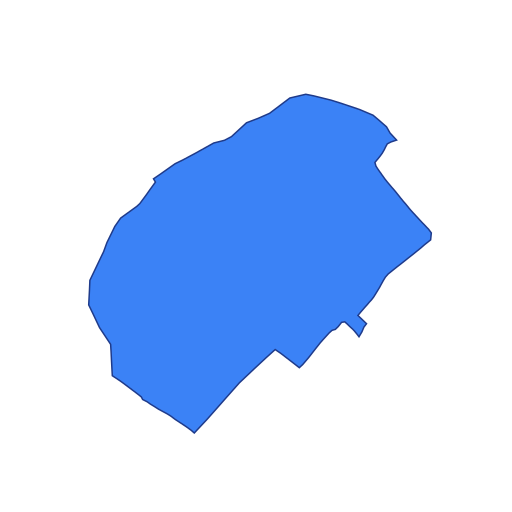 Khsos, Al Qalyubiyah, Egypt, rotated 36°
{"feature_id": "37247803B74269871636707", "entity_name": "Khsos", "entity_type": "district", "adm_level": 2, "iso_a3": "EGY", "parent_name": "Egypt", "parent_adm1": "Al Qalyubiyah", "projection": "orthographic", "projection_center": [31.321, 30.157], "detail": "fine", "context": "isolated", "style": "filled", "palette": "blue", "viewbox_px": 512, "rotation_deg": 36, "n_neighbors": 0, "source": "geoboundaries", "source_scale": "gbopen_adm2", "svg_char_len": 2383}
<svg xmlns="http://www.w3.org/2000/svg" viewBox="0 0 512 512"><g transform="rotate(36 256 256)"><path d="M201.2,95.9L190.5,108.3L183.1,132.6L176.8,143.4L170.0,153.8L166.0,173.8L162.5,180.9L155.4,189.4L146.7,208.2L140.4,221.2L136.3,228.9L130.5,246.0L129.0,250.2L127.7,253.8L131.2,255.3L131.2,264.7L131.3,270.7L131.2,281.9L130.4,285.9L128.8,290.8L124.2,304.9L124.4,315.1L125.1,319.0L127.5,332.7L130.2,342.2L131.2,347.8L133.8,361.8L135.9,373.3L141.6,381.9L149.4,393.9L158.9,399.0L167.3,403.6L171.5,405.9L184.4,410.7L190.3,412.9L195.0,418.6L201.1,426.2L210.1,437.3L212.6,437.2L219.6,436.9L222.9,436.9L230.2,437.0L235.2,437.1L240.8,437.2L246.0,437.4L248.6,438.7L248.8,438.7L253.8,437.9L257.5,437.9L262.2,437.5L267.4,437.2L274.0,436.3L276.9,435.9L280.9,435.6L286.7,435.7L299.7,435.1L305.9,435.1L310.1,435.5L312.4,417.1L313.8,402.7L315.3,386.7L317.1,368.3L320.7,349.1L323.9,332.7L326.5,320.4L333.0,320.2L347.8,320.6L356.7,320.9L357.6,316.2L358.3,307.2L358.7,295.4L359.0,288.4L359.3,285.1L359.7,281.5L360.4,275.2L361.2,271.5L362.3,270.0L363.3,268.8L364.0,264.8L364.2,260.1L364.2,259.4L366.5,257.1L369.7,257.4L373.1,257.9L376.5,258.3L376.9,258.3L379.6,258.8L383.4,259.8L383.8,259.9L386.8,260.8L386.3,255.3L385.1,250.1L385.2,245.8L373.4,244.2L373.7,239.4L374.2,233.6L374.6,229.9L374.7,228.4L374.8,226.8L375.2,223.6L375.3,220.2L375.0,215.9L374.7,212.1L374.4,208.6L374.0,205.8L373.9,204.9L373.4,200.8L373.1,197.0L373.5,192.8L374.3,189.9L375.3,186.2L376.5,181.8L377.6,178.1L379.4,171.7L380.6,167.3L382.0,162.4L384.6,152.7L385.7,147.9L387.8,140.3L384.3,134.3L379.9,132.9L378.8,132.7L377.5,132.5L376.5,132.3L372.8,131.6L372.6,131.6L370.2,131.2L369.9,131.1L367.2,130.6L365.8,130.3L363.9,129.9L360.7,129.3L360.5,129.2L358.2,128.8L357.7,128.7L353.9,127.9L351.1,127.2L350.9,127.1L346.7,126.0L342.7,125.1L342.4,125.0L341.7,124.8L338.1,123.9L337.6,123.7L333.9,122.7L331.0,121.9L330.6,121.8L330.2,121.7L327.3,121.0L325.8,120.7L323.0,120.0L318.5,118.9L318.2,118.8L314.9,117.9L312.0,116.9L310.1,116.3L309.2,116.0L308.8,115.8L308.2,115.6L306.2,115.0L305.7,114.8L303.1,113.9L300.6,112.9L300.4,112.9L297.2,110.4L297.4,107.3L297.5,106.2L297.7,102.0L297.7,98.6L297.3,94.6L296.7,91.3L296.7,91.2L296.3,88.1L297.9,84.9L298.1,84.5L301.6,79.6L292.1,77.7L285.7,74.8L276.1,73.9L267.9,73.3L261.5,74.8L253.7,76.6L235.2,82.4L225.1,85.8L208.6,92.5L201.2,95.9Z" fill="#3b82f6" stroke="#1e3a8a" stroke-width="1.5"/></g></svg>